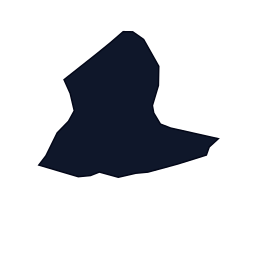 Dongdaemun-gu, Seoul, South Korea (orthographic projection), rotated 215°
{"feature_id": "91817680B25965069984368", "entity_name": "Dongdaemun-gu", "entity_type": "district", "adm_level": 2, "iso_a3": "KOR", "parent_name": "South Korea", "parent_adm1": "Seoul", "projection": "orthographic", "projection_center": [127.054, 37.571], "detail": "fine", "context": "isolated", "style": "filled", "palette": "ink", "viewbox_px": 256, "rotation_deg": 215, "n_neighbors": 0, "source": "geoboundaries", "source_scale": "gbopen_adm2", "svg_char_len": 525}
<svg xmlns="http://www.w3.org/2000/svg" viewBox="0 0 256 256"><g transform="rotate(215 128 128)"><path d="M179.8,46.5L140.8,59.6L131.5,67.5L126.2,75.5L107.7,82.1L95.7,95.4L86.4,103.3L66.5,127.2L48.3,150.8L50.6,159.0L47.9,171.0L61.3,165.5L93.1,152.4L103.7,149.8L115.6,155.1L120.9,160.4L127.5,180.3L138.2,196.2L166.0,209.5L179.3,209.5L183.3,206.8L187.2,204.1L191.2,188.2L196.5,169.6L208.1,130.9L195.2,123.2L181.9,111.3L180.6,99.4L183.2,83.4L179.3,58.2L179.8,46.5Z" fill="#0f172a" stroke="#020617" stroke-width="1.5"/></g></svg>